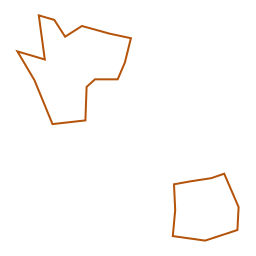 the state/province of Vaduz
{"feature_id": "LIE-4895", "entity_name": "Vaduz", "entity_type": "state/province", "adm_level": 1, "iso_a3": "LIE", "parent_name": "Liechtenstein", "parent_adm1": "", "projection": "natural_earth1", "projection_center": [9.545, 47.128], "detail": "fine", "context": "isolated", "style": "outline", "palette": "amber", "viewbox_px": 256, "rotation_deg": 0, "n_neighbors": 0, "source": "natural_earth", "source_scale": "10m", "svg_char_len": 415}
<svg xmlns="http://www.w3.org/2000/svg" viewBox="0 0 256 256"><path d="M52.5,124.1L34.5,80.3L17.4,51.4L44.8,59.5L38.8,15.4L54.3,19.9L65.1,36.7L81.9,26.0L109.4,33.6L130.9,38.2L124.9,62.5L117.7,79.3L95.0,79.3L86.6,86.9L85.4,120.4L52.5,124.1ZM172.8,236.1L175.2,210.2L174.0,184.3L190.7,181.3L211.1,178.2L224.2,173.7L238.6,207.1L237.4,230.0L205.1,240.6L172.8,236.1Z" fill="none" stroke="#b45309" stroke-width="2"/></svg>